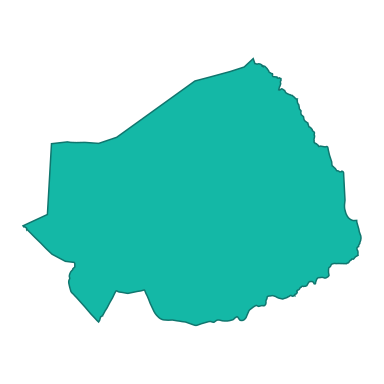 outline of Soum, Soum, Burkina Faso
{"feature_id": "67063806B70466570504467", "entity_name": "Soum", "entity_type": "district", "adm_level": 2, "iso_a3": "BFA", "parent_name": "Burkina Faso", "parent_adm1": "Soum", "projection": "robinson", "projection_center": [-1.051, 14.286], "detail": "fine", "context": "isolated", "style": "filled", "palette": "teal", "viewbox_px": 384, "rotation_deg": 0, "n_neighbors": 0, "source": "geoboundaries", "source_scale": "gbopen_adm2", "svg_char_len": 5953}
<svg xmlns="http://www.w3.org/2000/svg" viewBox="0 0 384 384"><path d="M98.6,322.0L99.0,321.3L99.4,320.8L99.7,320.1L100.0,318.9L100.6,316.8L101.4,316.5L102.1,316.0L102.6,315.8L102.5,315.4L103.1,314.7L105.0,311.1L107.0,308.0L109.9,302.4L112.5,297.9L114.1,294.5L115.2,292.3L116.0,291.1L116.3,290.8L117.2,291.1L118.0,291.6L119.1,292.0L121.6,292.3L126.5,293.2L127.9,293.4L137.5,291.4L140.8,290.9L144.1,290.0L144.5,290.1L144.8,290.6L146.0,293.6L147.1,295.7L148.6,299.2L150.2,303.4L154.0,311.5L155.2,313.5L156.6,315.3L158.9,317.6L160.4,318.7L162.4,319.6L163.9,319.9L168.3,320.2L172.3,320.0L177.0,320.8L179.4,321.1L182.1,321.6L185.5,322.0L194.2,325.1L195.4,325.4L196.3,325.4L197.5,325.1L201.4,323.7L208.8,321.6L210.3,321.5L211.1,321.6L212.1,322.0L213.2,322.2L213.9,322.3L215.3,321.3L216.2,320.6L217.2,320.1L218.2,320.0L219.6,320.1L222.3,320.8L224.8,321.0L227.3,321.0L229.8,320.6L232.7,319.8L233.3,319.5L234.2,318.7L235.1,317.8L236.4,317.0L236.9,316.7L237.5,316.9L238.2,317.7L239.0,319.0L240.1,320.3L241.4,320.5L242.8,320.4L244.2,319.7L245.4,318.5L246.1,317.5L246.9,315.5L248.9,310.9L249.6,309.9L253.5,306.9L255.0,306.0L256.0,305.5L256.3,305.4L256.6,305.5L258.1,306.2L258.7,306.4L261.6,305.6L262.7,305.6L263.3,305.6L263.3,305.8L263.6,305.8L264.6,305.6L265.1,305.0L265.7,304.2L266.0,302.8L265.9,301.6L266.1,300.2L266.7,299.2L267.1,297.9L267.1,297.3L267.2,296.9L267.4,296.6L268.4,296.1L269.2,296.0L270.0,296.0L271.6,295.7L272.8,295.6L275.6,296.5L277.1,297.4L278.8,298.1L280.9,298.6L282.6,299.0L283.3,298.8L284.6,298.3L285.8,298.0L286.6,297.7L287.3,297.4L287.8,296.9L288.1,296.9L288.7,296.7L289.4,296.1L289.8,296.0L290.0,295.6L290.4,295.5L290.9,295.4L291.1,295.4L291.8,296.0L292.9,296.3L293.2,296.1L293.6,295.7L293.9,295.6L294.9,295.8L294.7,294.7L295.1,294.3L296.2,293.9L296.7,293.4L297.2,292.3L297.2,291.8L296.8,291.5L296.7,291.3L296.8,291.0L297.0,290.7L297.7,290.1L298.3,290.0L298.9,289.6L299.4,289.1L300.1,287.9L300.6,287.3L301.2,287.2L301.7,286.5L302.0,286.3L302.4,286.2L302.7,286.2L303.5,286.5L304.3,286.3L305.6,286.2L306.8,285.6L307.7,284.1L307.8,283.7L309.4,281.6L312.0,281.5L312.6,281.7L313.0,282.0L313.7,282.7L313.9,283.4L314.2,283.8L314.8,283.9L315.3,283.8L315.5,283.5L315.6,282.4L316.2,280.6L316.8,279.1L317.6,278.1L318.4,277.7L320.2,277.6L321.2,277.4L322.7,277.4L323.7,277.7L324.9,278.1L326.0,277.9L327.9,276.8L328.8,275.8L329.0,275.4L328.9,274.6L328.5,272.5L328.5,269.8L328.7,268.8L328.7,268.1L328.9,267.7L329.2,267.4L330.2,266.7L330.5,266.3L331.1,264.9L331.8,264.2L332.3,263.9L333.1,263.7L334.5,263.4L336.1,263.6L338.3,263.5L346.4,263.7L346.8,263.5L347.2,263.2L346.8,263.0L348.0,263.0L348.5,262.7L349.5,261.4L350.0,260.6L351.1,260.1L351.7,259.1L352.4,259.0L353.0,259.2L353.5,259.1L353.8,258.8L354.9,257.4L355.8,256.6L358.1,255.3L357.9,254.4L358.0,252.3L357.9,251.5L357.8,250.9L357.2,250.0L357.0,249.0L356.9,248.2L357.5,247.0L358.6,246.6L358.6,245.8L358.7,245.3L359.1,244.4L359.8,243.5L359.8,242.5L360.1,242.0L360.4,241.0L360.6,240.6L360.8,239.4L361.0,238.1L360.8,236.0L359.3,231.8L358.8,229.1L356.8,222.1L356.7,220.4L353.4,220.6L351.7,220.1L350.1,219.2L348.4,217.8L347.0,215.7L345.9,213.4L344.7,209.0L344.5,207.1L344.5,204.9L345.0,200.2L343.7,175.4L343.6,172.9L343.5,172.5L343.1,171.8L342.4,171.3L341.7,171.2L341.2,171.8L340.5,171.8L339.6,171.8L339.0,171.4L338.7,171.1L337.8,170.8L336.7,170.7L335.3,168.5L334.1,167.5L333.2,166.5L332.9,166.3L332.3,166.0L331.9,164.5L331.7,161.9L329.5,155.2L328.3,150.1L328.0,148.3L327.8,147.5L327.6,147.0L326.9,146.5L326.4,146.6L326.1,146.7L325.1,146.9L320.5,146.1L320.0,146.3L319.2,146.3L318.9,146.5L318.5,146.1L318.2,145.3L317.6,144.9L316.3,143.7L315.7,143.5L315.2,143.5L314.9,143.1L314.8,142.9L314.6,142.5L314.2,142.4L314.1,142.1L314.0,141.4L314.2,140.9L314.0,139.9L314.0,139.3L314.5,137.0L314.6,135.9L314.2,135.2L314.2,134.6L314.4,133.3L314.4,132.6L314.1,132.1L313.7,131.6L313.2,131.3L312.5,130.7L312.2,130.2L312.2,129.5L311.7,128.9L311.3,128.6L311.1,128.1L310.4,127.7L309.9,127.1L308.9,126.8L308.7,126.3L308.4,124.9L307.9,124.1L308.0,123.2L305.1,121.1L304.0,119.6L303.5,116.7L303.1,116.4L302.5,115.7L302.0,115.4L301.4,114.8L301.1,114.2L300.8,112.6L301.0,111.4L301.0,110.8L299.6,109.2L299.3,108.5L299.3,107.9L299.0,106.0L298.9,105.7L298.8,104.8L297.8,103.5L297.3,101.8L297.3,100.7L297.0,99.9L297.3,99.0L296.8,99.0L295.8,98.8L295.6,98.5L295.4,98.2L294.9,98.0L294.4,97.3L294.1,97.1L293.7,96.6L292.9,96.2L292.4,95.5L292.1,95.4L291.2,95.3L290.6,95.0L289.9,94.6L289.3,94.6L286.5,93.2L285.9,92.7L285.4,92.1L284.7,90.6L284.6,90.4L284.0,90.2L282.8,89.3L282.0,88.9L281.7,88.8L280.2,89.6L279.8,90.0L278.7,89.8L278.8,89.4L279.3,87.7L279.5,86.7L279.9,86.2L280.0,86.0L280.2,85.2L280.7,83.8L280.5,83.1L280.4,82.3L280.5,81.1L281.0,80.4L280.9,80.1L281.0,79.2L281.0,78.7L280.7,78.4L280.1,78.4L279.8,78.3L279.5,77.9L279.2,77.9L278.4,78.2L278.1,78.1L277.3,78.0L277.2,77.5L277.1,77.1L276.8,77.0L273.2,76.6L272.9,76.5L272.5,75.8L272.4,75.4L272.4,75.1L272.6,74.2L272.4,73.7L271.3,73.5L270.3,72.8L269.6,72.5L269.0,71.9L268.7,71.3L268.7,71.0L268.5,70.6L267.4,69.2L267.2,68.7L264.9,66.4L263.7,66.0L263.3,65.9L263.3,66.7L262.2,66.3L262.0,66.1L261.9,65.0L261.6,64.8L260.3,64.1L259.0,63.8L258.1,63.8L257.3,64.2L256.6,64.1L255.9,63.7L254.9,63.6L253.2,58.6L244.2,67.0L230.3,71.5L209.7,77.1L194.9,81.0L116.7,137.3L98.7,143.4L84.9,142.4L76.4,142.6L70.7,142.4L67.4,141.9L51.5,143.7L47.4,214.5L23.0,225.8L23.8,226.9L24.3,226.7L24.7,226.7L24.9,226.9L25.0,227.1L25.7,227.6L25.9,227.6L26.4,227.9L26.6,228.2L26.8,228.8L26.6,229.1L26.7,229.6L26.9,229.3L34.9,237.4L41.0,243.3L46.0,248.5L52.0,254.2L65.3,261.3L74.1,262.4L74.6,263.0L74.8,263.8L74.8,267.0L72.9,268.7L72.8,269.0L72.8,269.5L72.7,269.7L71.5,270.9L70.7,271.9L70.0,273.4L69.6,274.5L69.4,275.5L69.3,276.1L69.4,276.7L69.5,277.2L69.8,278.2L69.4,279.4L69.0,280.1L68.8,281.0L68.7,282.0L68.8,283.1L69.1,284.6L69.7,287.2L70.9,291.4L71.6,292.5L72.6,293.5L73.5,294.3L74.8,295.8L76.4,297.4L84.8,306.8L91.0,314.1L94.8,318.1L96.9,320.4L98.6,322.0Z" fill="#14b8a6" stroke="#0f766e" stroke-width="1.5"/></svg>